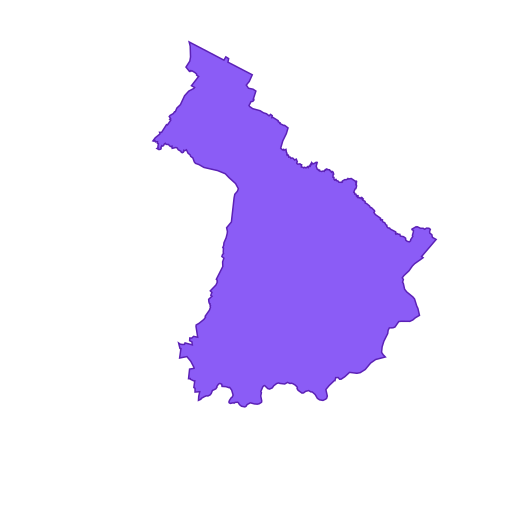 outline of Lan Krabue, Kamphaeng Phet, Thailand, rotated 212°
{"feature_id": "78962969B67051098696053", "entity_name": "Lan Krabue", "entity_type": "district", "adm_level": 2, "iso_a3": "THA", "parent_name": "Thailand", "parent_adm1": "Kamphaeng Phet", "projection": "natural_earth1", "projection_center": [99.863, 16.616], "detail": "fine", "context": "isolated", "style": "filled", "palette": "violet", "viewbox_px": 512, "rotation_deg": 212, "n_neighbors": 0, "source": "geoboundaries", "source_scale": "gbopen_adm2", "svg_char_len": 6147}
<svg xmlns="http://www.w3.org/2000/svg" viewBox="0 0 512 512"><g transform="rotate(212 256 256)"><path d="M228.3,103.1L226.8,105.3L227.0,106.1L225.2,109.4L224.0,111.1L222.6,111.8L221.3,113.9L221.1,115.7L221.7,118.8L219.7,122.0L219.6,124.1L220.1,124.6L219.9,127.6L219.1,128.8L217.1,129.1L215.7,127.4L212.2,129.3L209.2,130.0L208.7,130.6L205.6,129.4L201.7,125.9L201.4,123.8L201.9,122.7L202.0,119.6L201.6,117.8L200.9,117.3L199.6,117.4L197.6,119.4L196.6,119.6L196.2,120.7L194.2,122.2L193.4,122.3L191.2,121.2L188.7,120.9L185.5,122.1L184.8,123.3L184.8,125.3L183.0,128.5L179.0,129.7L176.3,131.1L175.0,132.4L173.8,134.9L174.3,136.1L177.8,139.8L179.0,143.0L180.1,143.6L180.9,148.6L180.7,149.9L180.0,150.7L175.8,149.8L174.0,150.3L172.3,152.8L172.2,155.4L170.8,159.0L169.4,160.4L168.4,160.5L163.8,162.7L162.3,165.5L159.6,165.9L158.7,166.8L157.0,167.3L154.2,167.3L152.0,166.8L151.0,166.1L150.9,165.3L149.1,164.4L144.4,164.1L143.1,165.1L142.2,167.5L140.0,169.8L137.7,169.8L136.1,170.5L132.5,169.9L128.5,167.8L125.9,167.7L122.7,169.0L121.0,171.6L120.7,172.8L121.3,175.0L126.0,179.8L125.3,185.0L123.5,192.0L123.0,192.2L124.0,195.1L121.8,196.5L119.8,195.8L118.5,196.7L116.7,200.7L115.0,206.9L108.3,210.0L105.8,212.3L103.2,217.7L102.1,225.9L99.7,231.6L92.8,238.9L96.0,239.7L98.5,240.9L100.9,245.8L102.4,251.5L103.2,260.0L104.6,263.1L104.8,265.7L101.8,267.7L100.5,269.4L100.2,276.0L98.4,277.5L90.9,282.1L89.1,284.9L88.1,288.1L85.9,292.3L91.0,297.4L93.1,298.7L98.8,303.6L101.2,304.4L109.1,305.4L112.4,306.6L116.6,310.9L117.8,311.4L118.6,314.2L120.4,315.0L120.2,317.7L118.4,324.6L118.1,330.4L117.4,333.5L113.4,343.1L115.3,343.3L112.0,365.5L116.3,365.3L118.2,367.3L120.8,367.5L121.8,368.9L122.3,371.0L124.0,371.2L126.2,370.0L127.1,368.1L128.9,368.1L131.2,366.7L134.6,366.3L135.0,365.7L135.7,365.7L138.0,361.5L137.7,361.0L136.0,361.1L135.2,359.5L134.3,356.4L133.4,355.6L133.5,351.9L133.0,350.9L133.4,349.3L135.4,348.6L137.4,348.8L138.6,350.4L141.1,350.6L144.1,349.4L145.5,350.6L147.0,349.8L147.8,350.0L148.9,348.6L149.8,349.3L149.7,350.0L150.4,350.5L156.3,350.0L157.5,350.5L158.8,349.8L160.7,350.3L161.3,351.4L162.4,351.3L164.6,352.5L166.1,352.1L167.3,352.6L167.9,353.7L168.4,353.6L169.3,352.6L170.1,353.1L170.3,354.0L176.8,354.4L179.1,355.4L179.1,356.9L179.7,357.3L183.7,358.2L184.6,357.7L186.3,358.6L190.0,359.1L191.5,358.8L192.4,360.1L195.2,360.0L195.6,360.3L195.3,361.2L196.2,361.4L196.6,360.9L197.1,361.7L197.8,361.5L198.2,360.1L199.4,360.3L200.4,359.5L201.5,359.8L201.1,360.8L201.4,361.2L202.7,360.3L203.0,360.9L203.7,360.9L204.2,361.4L205.1,360.9L205.9,361.8L206.9,361.9L207.5,365.3L207.0,366.0L207.5,367.9L208.0,369.0L208.8,369.2L208.9,369.9L209.5,370.0L209.5,371.2L210.3,371.3L210.2,372.5L210.5,372.7L211.5,372.1L216.3,372.2L218.3,370.4L219.1,370.5L219.2,369.6L220.1,368.4L221.2,367.8L222.4,365.5L222.5,365.0L222.0,364.5L222.2,364.0L224.7,362.5L226.3,363.1L227.3,362.6L228.8,363.3L229.1,362.1L229.5,362.0L230.6,362.5L231.5,363.9L232.5,363.6L233.8,366.1L233.5,366.7L234.5,367.2L234.8,367.9L236.0,368.1L236.4,367.0L237.4,367.7L238.9,367.6L239.3,368.1L241.3,367.1L242.1,367.4L242.8,366.3L242.4,365.6L243.2,365.2L243.0,363.9L244.2,363.6L245.0,362.5L247.2,361.8L247.7,362.5L248.4,361.8L249.3,362.3L250.0,362.0L252.6,364.1L253.1,366.0L253.8,366.7L253.4,367.5L253.8,367.8L254.7,367.3L256.0,364.7L257.5,364.6L257.3,363.4L257.8,363.4L258.3,364.1L258.3,361.7L257.7,361.9L257.5,360.7L258.7,360.2L258.6,358.7L259.7,359.0L259.9,357.7L260.9,357.0L261.7,357.1L262.3,356.0L263.2,356.1L264.7,355.5L265.7,357.6L266.5,357.2L267.5,357.5L269.3,356.0L270.4,356.1L270.9,356.7L270.9,357.8L273.2,359.5L274.1,357.9L276.7,358.5L277.6,358.1L278.1,357.3L279.7,358.0L280.6,357.2L281.8,358.6L282.5,358.7L282.9,357.9L283.6,358.4L284.2,359.6L285.1,360.0L287.1,362.3L288.3,360.5L289.1,361.1L289.8,360.0L292.2,360.5L294.3,367.9L295.1,375.8L296.7,381.6L301.0,382.0L301.4,381.5L306.0,381.0L306.1,381.7L308.4,381.7L308.9,382.5L315.2,382.5L315.9,381.8L316.6,383.6L318.7,383.8L319.2,381.8L322.5,382.2L325.6,381.4L329.5,381.4L336.9,379.2L340.6,379.4L341.7,379.9L342.0,384.3L340.7,385.4L340.4,386.9L340.8,387.7L341.4,387.5L343.5,395.8L346.9,395.9L351.3,394.3L354.8,395.8L354.2,400.5L355.2,407.7L382.5,405.5L383.8,408.9L387.1,408.9L387.0,405.1L426.1,402.1L423.0,399.1L417.0,390.1L415.4,386.2L415.5,379.1L410.3,377.3L409.9,378.4L409.1,378.1L408.7,379.1L405.0,379.2L402.7,378.8L402.2,377.9L399.8,377.8L401.0,366.2L397.4,366.4L397.5,365.2L400.4,360.2L401.5,354.1L400.3,344.3L401.5,339.6L400.9,335.6L401.5,335.2L401.6,333.0L403.3,329.8L403.5,328.3L401.3,327.3L401.6,326.2L400.3,326.1L400.3,324.5L400.6,320.2L401.5,320.0L401.6,310.8L403.3,309.8L402.5,309.2L402.2,308.4L404.1,302.9L404.4,299.0L403.4,299.3L402.9,300.3L401.7,299.5L400.1,300.8L399.3,299.3L398.3,299.5L397.0,296.5L396.4,296.0L397.0,294.7L394.7,294.8L393.4,296.1L393.6,297.3L394.1,297.6L394.3,299.5L393.8,299.4L392.9,300.5L393.1,302.5L392.6,303.5L391.4,303.0L389.3,304.2L387.5,303.6L385.8,303.7L385.5,304.5L384.1,302.9L381.5,305.5L380.4,305.9L378.2,304.9L375.3,305.0L374.3,304.4L373.3,304.5L372.6,305.6L373.2,307.4L372.3,307.4L371.3,309.2L368.0,307.1L365.6,306.9L364.2,305.9L361.5,305.7L358.2,303.1L356.4,302.5L352.8,303.3L347.1,303.5L333.8,308.1L325.6,309.5L320.6,308.2L311.7,306.6L306.6,303.7L306.1,301.0L306.7,297.1L305.4,293.7L294.9,271.8L295.9,264.4L293.2,261.6L292.3,259.7L291.0,255.6L290.2,250.3L289.0,247.8L288.6,245.5L287.8,245.5L285.9,242.0L284.8,240.8L285.2,239.7L284.7,237.5L282.1,237.2L281.2,233.3L278.6,229.5L277.3,215.2L276.0,214.9L275.7,214.0L275.0,213.5L274.6,210.2L276.3,202.2L274.1,201.8L273.5,198.7L272.0,198.6L273.2,194.2L271.7,192.2L270.6,191.2L269.6,191.1L269.4,190.4L268.4,189.9L268.4,189.2L267.5,188.5L266.8,185.4L267.2,178.0L266.4,177.4L266.6,174.6L268.6,168.8L270.2,165.8L269.5,164.4L262.4,156.2L266.3,154.8L267.0,152.3L268.7,151.4L267.4,149.0L264.8,149.2L262.9,146.9L270.1,144.7L269.8,143.2L271.3,142.1L273.5,141.1L275.5,141.2L271.5,137.3L270.6,137.7L266.7,129.0L261.3,134.1L255.4,132.1L249.5,128.6L249.0,127.9L252.4,124.9L248.2,116.2L246.8,117.2L246.5,116.7L242.7,117.1L241.8,117.7L239.0,111.5L237.6,111.5L235.6,108.3L231.8,111.1L230.2,106.6L228.3,103.1Z" fill="#8b5cf6" stroke="#5b21b6" stroke-width="1.5"/></g></svg>